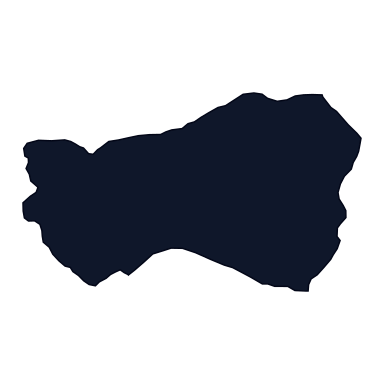 the district of Ånge, Västernorrland, Sweden
{"feature_id": "70781695B50013402635272", "entity_name": "Ånge", "entity_type": "district", "adm_level": 2, "iso_a3": "SWE", "parent_name": "Sweden", "parent_adm1": "Västernorrland", "projection": "albers", "projection_center": [15.637, 62.483], "detail": "fine", "context": "isolated", "style": "filled", "palette": "ink", "viewbox_px": 384, "rotation_deg": 0, "n_neighbors": 0, "source": "geoboundaries", "source_scale": "gbopen_adm2", "svg_char_len": 1614}
<svg xmlns="http://www.w3.org/2000/svg" viewBox="0 0 384 384"><path d="M128.4,275.0L134.6,270.1L144.4,261.6L152.8,253.9L162.8,250.8L171.1,248.1L182.5,248.3L195.6,252.7L210.4,259.3L224.3,265.1L232.7,267.6L241.6,272.3L250.6,277.1L262.3,283.9L267.7,283.9L274.6,286.3L275.5,286.3L278.8,286.3L287.8,286.4L294.9,290.5L306.4,291.0L308.1,291.0L308.6,284.6L311.1,278.9L317.2,274.8L323.7,267.6L330.7,259.4L333.2,254.8L337.2,248.7L340.1,240.5L337.0,236.5L337.4,227.9L340.4,223.8L345.9,217.6L345.8,210.6L343.2,205.5L339.1,199.0L338.0,192.5L340.4,183.9L344.4,176.2L351.3,169.1L353.2,162.5L356.7,156.4L358.6,151.3L360.0,143.8L361.0,138.2L356.9,133.3L348.2,124.8L336.5,111.4L330.9,107.5L322.8,97.0L322.1,94.9L312.3,94.6L303.6,94.9L295.2,96.0L287.0,99.9L277.2,101.3L267.5,98.3L262.1,94.2L253.9,93.0L243.1,94.3L225.5,105.7L218.0,107.5L208.8,112.7L201.1,117.3L194.4,121.9L188.0,123.7L182.1,128.6L171.8,129.9L165.9,131.9L160.7,134.5L149.4,134.7L138.4,135.7L128.8,137.7L118.5,140.0L108.8,141.5L100.5,147.9L97.6,149.7L93.2,154.3L88.6,153.7L83.5,148.0L79.6,146.7L75.5,144.1L70.7,141.5L64.8,139.9L51.6,140.8L48.4,140.7L38.5,140.3L27.2,143.3L23.7,148.4L24.9,156.1L28.3,158.0L28.5,162.6L26.1,168.5L29.3,174.2L30.8,181.0L34.4,184.1L38.0,187.3L36.1,192.4L30.4,196.2L23.0,202.8L23.2,211.1L24.4,217.9L27.4,220.2L28.5,221.0L34.5,220.8L39.9,224.3L41.9,230.5L42.3,236.2L43.3,242.2L49.2,247.2L52.8,254.2L58.9,260.8L65.1,266.1L70.3,267.4L72.9,271.6L78.5,275.5L83.7,280.8L89.1,284.5L95.4,285.8L99.3,281.9L106.1,278.3L110.5,274.5L115.5,271.9L120.2,269.8L124.3,272.7L128.2,274.6L128.4,275.0Z" fill="#0f172a" stroke="#020617" stroke-width="1.5"/></svg>